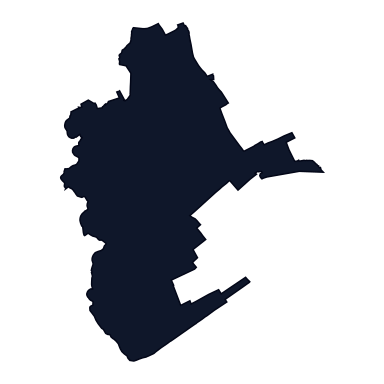 the district of Miroslovesti, Iasi, Romania
{"feature_id": "2599482B34880028878673", "entity_name": "Miroslovesti", "entity_type": "district", "adm_level": 2, "iso_a3": "ROU", "parent_name": "Romania", "parent_adm1": "Iasi", "projection": "mercator", "projection_center": [26.644, 47.15], "detail": "fine", "context": "isolated", "style": "filled", "palette": "ink", "viewbox_px": 384, "rotation_deg": 0, "n_neighbors": 0, "source": "geoboundaries", "source_scale": "gbopen_adm2", "svg_char_len": 5825}
<svg xmlns="http://www.w3.org/2000/svg" viewBox="0 0 384 384"><path d="M88.3,100.1L81.0,104.2L81.5,105.9L81.9,106.9L80.2,107.5L78.7,107.2L79.2,108.4L77.9,108.9L77.7,108.5L71.6,111.6L71.1,111.7L70.8,114.8L70.2,115.6L69.9,116.5L69.8,117.7L69.5,118.2L66.7,120.3L66.0,121.1L65.5,122.0L65.1,123.2L64.7,125.3L64.8,126.8L64.9,127.3L65.4,128.4L66.7,130.3L67.2,131.4L67.2,132.1L67.4,134.0L67.8,135.1L68.8,136.7L70.2,137.6L71.6,138.2L73.1,138.2L73.9,138.1L75.2,137.1L76.2,137.1L79.8,134.4L80.6,136.3L81.1,137.0L82.1,137.5L82.0,137.8L80.7,139.5L80.3,140.6L79.5,141.4L78.8,142.4L78.7,143.4L78.9,145.5L76.1,146.1L74.8,146.6L74.0,147.2L73.0,148.6L72.5,150.4L72.6,152.2L73.4,153.6L74.4,155.0L75.0,155.5L78.2,157.2L78.6,157.6L79.0,158.3L78.9,160.9L77.0,163.8L76.4,164.4L75.5,164.9L73.0,165.6L72.2,166.1L71.4,166.5L69.0,168.6L67.5,168.7L66.3,168.9L65.0,168.8L64.3,170.9L64.1,171.5L64.2,172.8L63.4,174.3L61.5,175.9L61.0,176.5L60.7,177.3L60.7,177.8L60.9,178.6L61.1,179.0L62.4,180.7L64.3,182.5L64.5,182.9L64.6,183.7L64.3,185.9L64.5,186.8L65.5,187.9L65.7,188.4L65.5,189.0L68.6,186.6L69.4,187.6L71.9,188.8L73.3,190.2L74.2,191.6L74.8,192.2L75.8,193.9L77.4,196.0L81.5,197.3L82.0,197.3L83.0,196.8L83.9,196.5L84.4,196.6L84.9,196.9L85.2,197.2L87.0,200.3L88.1,201.4L87.3,203.6L87.1,205.1L87.1,205.9L87.9,208.5L87.9,209.0L87.7,209.4L86.0,210.7L85.2,210.9L85.3,211.2L83.8,212.2L81.9,214.1L81.3,215.1L80.7,216.1L80.2,217.8L80.0,219.2L80.0,220.6L80.6,223.1L81.5,225.4L82.0,226.3L82.7,226.7L83.4,232.7L83.9,234.7L84.2,235.3L84.7,235.6L88.1,233.2L90.6,234.9L92.8,236.1L95.1,236.7L96.4,237.2L96.9,237.5L97.5,238.4L98.6,239.6L99.4,240.1L99.8,240.2L101.4,240.0L102.8,240.8L105.7,243.1L106.0,243.8L106.0,244.2L105.5,244.8L104.6,245.6L104.3,246.1L103.5,248.4L102.9,249.2L101.2,250.5L98.0,251.5L95.6,252.5L94.8,253.1L93.2,255.3L92.4,257.2L92.1,258.7L92.1,260.3L93.0,263.1L93.1,264.2L91.8,268.2L91.3,270.5L92.3,272.0L91.5,272.5L92.4,276.0L92.2,277.2L91.9,277.9L91.7,281.4L91.6,284.3L91.8,286.0L92.7,288.9L92.6,289.1L91.4,288.9L90.9,288.9L89.5,289.6L88.4,290.5L87.9,291.2L87.4,292.0L86.8,293.8L86.8,294.5L87.0,295.5L87.8,297.1L88.2,297.3L89.3,299.0L90.4,300.1L92.8,301.4L93.0,301.8L92.9,305.1L90.7,306.2L90.0,306.9L89.8,307.8L90.0,310.5L94.4,316.3L95.9,320.0L98.1,323.6L101.6,328.2L103.4,329.4L105.7,333.4L107.6,334.4L109.9,334.7L110.3,335.1L111.0,336.9L112.7,338.4L114.0,339.2L116.1,341.1L117.8,343.1L118.4,343.9L119.7,347.4L120.4,349.0L121.9,351.6L124.3,353.9L127.0,355.9L127.2,356.2L127.4,356.9L127.9,358.1L128.4,358.8L128.7,358.8L128.9,359.1L129.0,359.5L129.3,359.8L129.5,359.7L129.8,360.4L133.6,361.0L134.3,360.9L136.6,360.1L139.2,359.0L142.7,357.8L146.2,357.0L146.4,356.8L148.2,356.1L153.6,353.6L153.8,353.4L154.2,353.2L155.5,352.0L161.0,347.8L167.7,343.2L169.9,341.5L170.9,341.0L174.8,338.3L195.0,324.1L195.7,323.8L196.9,322.7L201.8,319.4L205.2,316.8L207.0,315.7L214.1,310.4L226.8,302.0L225.1,299.4L242.5,287.2L249.5,282.2L249.8,281.7L247.4,279.4L245.6,277.3L221.2,293.8L218.6,289.7L208.7,294.4L196.3,301.3L191.1,304.0L189.9,300.8L180.7,305.4L173.1,285.4L173.6,285.2L171.3,280.1L194.6,269.1L196.3,267.3L192.5,262.7L193.8,261.2L197.5,257.7L193.0,249.5L205.7,239.5L202.6,235.6L200.7,232.9L196.7,228.1L200.5,224.7L199.1,223.2L197.0,220.7L195.1,218.8L192.1,217.3L189.8,215.6L194.8,211.3L215.5,192.5L219.9,188.8L221.8,187.0L226.7,183.1L229.1,180.8L229.4,180.7L229.9,180.9L230.8,181.8L238.0,190.1L250.1,179.2L256.5,174.2L255.0,173.1L257.8,171.4L258.5,171.8L261.3,171.4L262.1,172.3L262.3,172.7L260.3,173.8L259.8,175.5L259.8,175.8L260.4,177.1L261.7,178.8L262.1,178.8L263.2,178.2L266.8,177.0L299.3,171.3L323.3,172.2L322.7,171.5L321.7,170.6L320.8,169.3L320.7,168.1L320.4,167.5L319.7,167.8L318.3,166.3L318.5,165.9L317.6,165.6L316.9,164.5L316.5,164.2L315.5,163.6L314.7,162.5L312.5,160.7L309.7,160.4L307.5,160.5L306.8,160.3L305.4,160.6L304.0,160.3L299.3,161.2L298.7,160.2L297.3,161.0L296.3,161.2L295.6,161.4L295.1,161.4L294.9,161.0L294.5,160.9L291.5,154.9L289.0,149.8L286.2,142.3L294.8,137.9L291.9,132.7L284.1,135.9L277.9,139.0L272.1,141.5L268.1,142.9L264.1,144.8L262.6,142.4L262.2,141.5L260.6,142.0L257.7,143.9L254.9,145.4L253.8,146.3L244.1,151.2L243.5,151.0L241.7,148.4L239.7,145.9L229.8,132.5L229.2,131.2L227.2,127.8L224.8,121.2L221.8,113.5L219.9,108.2L220.0,108.0L222.3,106.6L225.8,104.8L227.1,103.7L228.3,103.0L221.3,92.0L219.2,89.8L217.4,87.6L216.0,85.3L213.4,81.7L212.1,81.0L210.4,79.6L213.7,79.5L213.5,75.8L212.7,74.8L212.7,74.2L207.2,76.4L206.6,75.5L204.8,72.8L201.9,69.9L200.1,67.7L198.4,65.4L194.5,59.0L193.5,57.1L192.5,53.1L191.0,44.4L189.9,39.2L189.4,36.2L189.0,34.5L189.1,32.9L188.9,31.9L188.7,31.2L187.5,29.3L187.6,28.5L186.0,26.4L185.6,25.6L184.5,25.9L183.1,23.0L177.7,24.9L178.0,25.5L178.1,26.4L178.3,27.6L175.9,29.9L174.6,30.7L167.6,34.2L165.4,35.1L162.3,29.3L159.0,24.9L158.3,23.6L151.8,26.8L147.5,28.4L144.6,28.7L142.9,28.7L133.4,27.7L132.8,28.5L132.3,30.0L131.6,31.5L131.7,33.1L131.4,35.2L131.6,35.9L131.6,36.2L131.5,36.6L131.3,36.7L131.2,37.1L131.0,38.8L131.1,39.3L130.9,40.5L130.2,42.8L127.0,45.6L126.0,47.1L125.1,47.9L124.6,48.7L122.3,50.1L122.0,51.0L121.9,51.9L121.4,53.1L121.1,53.5L120.2,54.0L119.9,54.3L119.8,54.6L119.7,54.6L119.2,55.1L119.2,55.8L119.3,56.1L119.5,56.2L119.7,56.9L119.7,57.4L119.4,58.4L119.2,58.5L118.9,58.8L119.1,59.4L119.1,59.7L119.4,60.3L119.5,61.0L119.7,61.7L119.4,63.3L119.5,64.3L119.6,64.5L123.1,65.2L125.4,65.7L126.0,66.0L126.5,66.0L126.5,66.3L126.8,67.0L130.4,72.5L130.9,73.4L130.6,82.6L130.4,86.3L130.2,93.1L130.1,93.8L130.3,95.1L127.2,99.5L125.0,100.8L124.6,100.0L124.4,99.9L123.7,100.2L123.7,99.8L124.0,99.1L121.2,93.9L120.7,93.0L119.6,90.9L119.1,91.4L118.3,91.4L117.6,91.7L116.8,92.0L119.4,97.9L108.4,101.5L108.1,102.6L107.7,103.0L105.7,104.8L105.4,104.1L104.5,104.9L103.4,106.3L102.5,106.8L102.3,107.8L97.3,108.6L96.2,104.9L95.0,103.1L94.0,103.5L88.3,100.1Z" fill="#0f172a" stroke="#020617" stroke-width="1.5"/></svg>